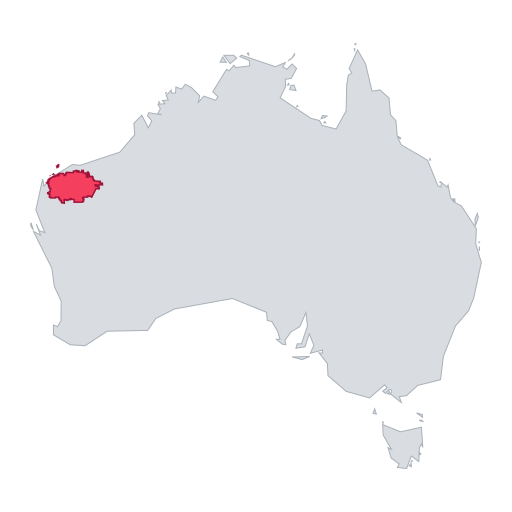 Ashburton, Western Australia, Australia (highlighted)
{"feature_id": "25037944B95548638033328", "entity_name": "Ashburton", "entity_type": "district", "adm_level": 2, "iso_a3": "AUS", "parent_name": "Australia", "parent_adm1": "Western Australia", "projection": "mercator", "projection_center": [115.241, -22.235], "detail": "fine", "context": "in_parent", "style": "filled", "palette": "rose", "viewbox_px": 512, "rotation_deg": 0, "n_neighbors": 0, "source": "geoboundaries", "source_scale": "gbopen_adm2", "svg_char_len": 8125}
<svg xmlns="http://www.w3.org/2000/svg" viewBox="0 0 512 512"><path d="M365.6,64.0L372.0,91.2L380.0,89.9L389.0,98.0L390.5,114.8L395.9,120.7L397.3,136.5L401.1,144.7L427.5,160.2L437.9,185.8L440.9,187.1L441.4,182.5L447.2,187.2L448.1,184.9L450.6,198.0L454.0,202.0L461.5,206.1L476.3,228.6L475.7,243.8L481.3,262.4L473.8,297.7L468.6,310.8L455.5,325.9L443.4,356.3L440.5,379.7L417.7,385.4L406.4,395.7L399.3,396.6L401.3,402.5L390.2,393.8L391.8,391.8L391.1,389.7L389.1,389.6L385.4,393.4L382.7,391.1L387.1,387.6L384.6,384.9L369.6,397.9L346.2,391.4L328.0,375.7L327.4,363.6L319.0,352.8L322.6,353.2L322.5,350.0L310.3,353.3L313.9,345.3L309.3,333.8L304.9,346.9L295.9,348.2L297.3,343.8L301.5,343.8L307.5,325.9L305.9,312.6L299.8,326.6L290.9,331.9L284.9,340.4L285.8,344.7L282.2,344.1L276.4,339.3L280.0,339.3L277.5,331.0L271.9,321.6L267.3,320.4L266.5,312.3L232.3,298.5L174.4,309.0L155.9,318.4L147.7,330.4L107.2,331.2L85.2,345.7L70.3,344.8L53.6,334.9L53.4,325.0L57.4,326.7L61.0,320.8L61.2,301.1L54.3,286.4L51.9,268.3L33.4,231.3L40.6,235.2L36.3,224.1L39.3,230.6L44.8,232.6L35.9,209.9L42.6,179.1L44.0,186.3L50.2,178.4L72.4,164.5L80.1,165.3L119.9,152.1L134.8,134.6L133.9,123.3L141.8,115.2L148.3,127.8L151.8,120.8L147.5,115.8L148.8,112.7L161.7,114.8L157.7,113.6L160.4,108.7L158.0,104.3L164.9,103.7L162.5,100.5L168.2,100.0L166.2,95.4L171.2,90.1L171.6,93.3L175.6,92.9L175.9,87.0L181.6,89.1L185.3,84.3L191.5,87.6L199.7,95.8L198.3,102.4L203.9,96.1L215.6,100.3L218.0,96.7L212.8,91.7L226.5,69.4L229.2,70.8L233.9,65.2L235.6,67.6L249.7,65.9L249.3,60.5L239.8,56.6L241.4,55.2L275.4,66.7L285.3,62.5L282.8,66.9L287.0,69.3L292.1,64.0L296.6,68.4L291.2,78.4L285.3,79.3L285.6,86.5L280.1,97.8L311.0,118.4L319.5,120.5L322.1,125.5L336.1,129.0L346.1,111.0L346.7,84.9L348.3,75.2L351.8,72.9L349.1,68.5L357.6,49.9L365.6,64.0ZM382.7,424.6L400.4,431.8L421.4,427.2L422.8,447.4L421.4,443.7L419.3,448.0L418.8,461.6L411.3,456.0L406.6,468.5L397.4,467.5L399.2,464.0L391.2,458.1L388.0,447.6L391.5,449.5L383.2,435.1L382.7,424.6ZM223.9,55.3L233.7,55.3L236.7,58.1L230.2,63.6L223.9,55.3ZM292.1,357.0L309.6,356.5L302.2,359.6L292.1,357.0ZM294.0,85.0L296.0,90.6L289.8,89.6L290.8,85.7L294.0,85.0ZM475.3,225.9L474.9,219.1L477.3,213.4L478.3,217.5L475.3,225.9ZM416.5,412.9L422.3,414.6L422.5,417.3L416.5,412.9ZM222.9,57.0L226.4,62.4L220.1,62.1L222.9,57.0ZM376.3,414.1L373.0,413.4L374.7,408.8L376.3,414.1ZM327.1,116.1L324.1,117.8L321.1,118.7L322.6,115.5L327.1,116.1ZM33.3,229.7L30.9,226.3L30.7,223.3L31.1,223.1L33.3,229.7ZM421.2,420.0L423.5,421.9L419.2,420.3L421.2,420.0ZM452.7,198.9L454.9,198.9L454.9,201.9L452.7,198.9ZM398.0,136.3L400.7,138.0L400.2,139.0L398.0,136.3ZM411.1,463.4L411.4,466.8L409.1,465.7L411.1,463.4ZM479.3,246.4L479.5,250.3L479.2,250.2L479.3,246.4ZM248.8,55.1L247.2,53.6L248.2,52.8L248.8,55.1ZM294.3,55.4L291.9,58.1L294.8,53.3L294.3,55.4ZM479.6,241.9L478.5,243.1L479.2,241.8L479.6,241.9ZM297.9,106.3L296.6,106.8L297.3,105.5L297.9,106.3ZM289.2,84.8L287.5,85.1L288.5,83.4L289.2,84.8ZM58.3,164.7L57.8,167.0L57.0,166.8L58.3,164.7ZM354.8,48.6L354.7,50.5L354.0,49.1L354.8,48.6ZM389.1,390.8L389.5,392.2L388.9,391.8L389.1,390.8ZM291.3,58.9L288.1,60.8L291.4,58.4L291.3,58.9ZM166.4,92.6L165.3,94.0L166.0,92.4L166.4,92.6ZM412.4,461.0L411.3,461.6L411.9,460.4L412.4,461.0ZM325.7,122.8L323.9,122.8L324.8,121.6L325.7,122.8ZM159.9,102.8L159.0,103.5L158.9,101.7L159.9,102.8ZM420.9,453.9L419.4,454.9L419.9,453.1L420.9,453.9ZM355.9,43.5L355.7,44.8L354.7,44.1L355.9,43.5ZM388.2,392.8L389.8,394.2L387.2,393.7L388.2,392.8ZM430.6,160.0L429.5,160.1L429.9,158.6L430.6,160.0ZM440.4,182.3L439.8,182.3L440.2,181.1L440.4,182.3ZM383.4,422.2L383.0,423.4L382.6,421.8L383.4,422.2Z" fill="#d9dde1" stroke="#a8b0b8" stroke-width="1"/><path d="M87.5,172.1L87.5,176.3L87.9,176.3L87.9,177.2L86.5,177.2L86.5,174.3L85.9,174.3L85.9,173.0L83.4,173.0L83.4,170.4L81.7,170.4L81.7,172.2L78.1,172.2L78.1,171.6L78.9,171.6L78.9,170.8L77.3,170.8L77.3,171.6L76.6,171.6L76.6,170.9L76.9,170.9L76.9,170.5L75.8,170.5L75.8,171.1L73.4,171.1L73.4,172.6L69.6,172.6L69.6,172.4L66.5,172.4L66.5,173.2L65.8,173.2L65.8,174.9L64.6,174.9L64.6,175.5L64.1,175.5L64.1,174.2L63.3,173.8L63.3,173.5L59.6,173.5L59.7,173.8L59.8,173.7L59.7,173.8L59.8,173.8L59.7,173.8L59.7,174.0L59.6,173.8L59.4,173.9L59.5,173.8L59.4,173.8L59.2,173.9L59.2,174.0L59.3,174.0L59.2,174.2L59.2,174.3L59.2,174.2L59.3,174.1L59.2,174.3L58.9,174.4L59.0,174.4L59.1,174.5L59.0,174.4L58.9,174.5L59.2,174.6L59.1,174.8L59.1,174.6L58.9,174.8L59.0,174.9L59.1,175.0L59.0,174.9L58.9,175.1L58.8,174.9L58.7,175.1L58.6,174.7L58.6,175.1L58.5,174.9L58.4,174.9L58.5,175.0L58.4,174.9L58.5,174.9L58.5,174.6L58.3,174.9L58.3,175.0L58.4,174.9L58.4,175.0L58.3,174.9L58.2,175.1L58.3,174.9L58.0,174.8L57.9,174.9L57.7,175.0L58.1,174.9L58.1,175.0L57.9,175.1L57.7,175.1L57.1,175.4L57.1,175.5L56.8,175.7L56.2,175.6L56.3,175.5L56.1,175.4L56.0,175.6L55.9,175.8L55.8,175.7L55.5,175.9L55.8,176.0L55.6,176.0L55.4,175.9L55.3,176.0L55.2,176.0L54.9,176.3L55.0,176.4L54.9,176.4L54.9,176.2L54.7,176.1L54.1,176.6L53.8,176.7L53.9,176.8L53.8,176.7L53.8,176.9L53.6,176.8L53.8,176.7L53.3,176.7L53.2,176.6L53.1,176.8L52.9,176.8L53.2,176.6L53.3,176.6L53.2,176.6L52.8,176.8L52.5,176.8L51.9,177.4L51.0,178.0L50.4,178.1L50.0,178.5L50.0,178.9L50.1,178.6L49.9,178.4L49.5,178.7L49.5,179.4L49.6,179.5L49.7,179.4L49.6,179.6L49.3,179.7L49.2,179.8L49.3,179.8L49.2,179.9L49.2,180.0L49.3,180.1L49.2,180.0L49.1,180.6L49.0,180.3L48.9,180.5L48.7,180.5L48.8,180.7L48.6,180.8L48.7,181.0L48.6,180.7L48.5,181.1L48.5,181.3L48.4,181.2L48.1,181.3L48.1,181.5L48.3,181.4L48.2,181.6L48.3,181.6L48.2,181.7L48.1,181.8L48.2,182.0L47.9,182.0L48.1,182.4L47.9,182.3L48.0,182.7L47.9,182.4L47.8,182.5L47.8,182.4L47.4,182.4L47.4,182.5L47.7,182.7L47.8,182.7L47.8,182.8L47.6,182.7L47.6,182.8L47.9,183.1L47.7,182.9L47.6,183.1L47.4,183.0L47.4,183.3L47.7,183.5L47.3,183.4L47.4,183.5L47.6,183.7L47.4,183.6L47.5,183.7L47.3,183.7L47.1,183.8L48.6,183.8L48.6,186.5L49.4,186.5L49.4,188.5L50.7,188.5L50.7,189.1L50.2,190.1L49.8,191.4L50.2,191.4L50.2,191.7L49.7,191.7L49.5,192.1L49.0,192.1L49.0,192.7L47.7,192.7L47.7,193.4L48.4,193.4L48.4,194.0L49.8,194.0L49.8,195.1L49.4,195.1L49.4,197.2L50.6,197.2L50.6,197.9L55.6,197.9L55.6,197.2L58.8,197.2L58.8,198.3L59.4,198.3L59.3,199.4L60.2,199.4L60.2,200.6L61.3,200.6L61.3,201.5L61.5,201.5L61.5,202.7L62.0,202.7L62.1,202.9L63.1,203.0L64.3,203.2L64.3,199.5L65.4,199.5L65.4,199.8L66.1,199.8L66.1,200.1L66.7,200.1L66.7,200.4L67.8,200.4L67.8,199.7L70.0,199.7L70.0,198.6L71.2,198.6L71.2,199.4L74.1,199.4L74.1,202.2L76.1,202.2L82.6,202.1L82.6,201.4L83.5,201.4L83.5,200.7L83.9,199.9L83.9,198.9L82.9,198.9L82.9,198.3L82.7,198.3L82.7,197.8L83.6,197.8L83.6,197.0L84.9,197.0L86.6,197.2L87.6,197.0L87.6,196.0L88.6,196.0L88.6,196.3L91.4,196.3L91.4,197.8L96.0,188.8L99.2,188.8L99.2,187.0L97.9,187.0L97.9,186.1L96.2,186.1L96.2,185.7L95.1,185.7L95.1,184.8L96.2,184.8L96.2,185.2L99.2,185.2L99.2,184.8L102.5,184.9L102.5,184.0L102.2,184.0L102.2,183.1L99.8,183.0L99.8,182.6L100.3,182.6L100.3,181.3L97.6,181.3L97.6,181.2L94.7,181.1L94.7,180.9L94.4,180.9L94.4,180.0L93.2,180.0L93.2,178.2L92.6,178.2L92.6,177.7L92.8,177.7L92.8,176.9L92.3,176.9L92.3,176.4L90.8,176.4L90.8,176.7L89.5,176.7L89.5,175.8L88.9,175.8L88.9,174.9L89.3,174.9L89.3,174.4L89.0,174.4L89.0,173.2L88.4,173.2L88.4,174.3L87.6,174.3L87.6,173.5L87.9,173.5L87.9,172.7L88.3,172.7L88.3,172.1L87.5,172.1ZM57.0,166.3L56.9,166.9L57.0,167.3L57.2,167.1L57.3,167.0L57.5,167.1L57.6,167.3L57.8,167.2L58.0,167.0L58.2,166.7L58.4,166.6L58.4,166.2L58.5,166.3L58.7,166.0L58.7,165.8L58.7,165.5L58.7,165.4L58.5,164.9L58.2,164.7L57.7,165.5L57.4,165.7L57.4,165.9L57.0,166.3ZM48.0,180.7L48.3,181.2L48.4,180.8L48.4,180.6L48.0,180.4L48.0,180.7ZM58.1,174.8L58.3,174.9L58.6,174.5L58.3,174.6L58.1,174.8ZM53.2,174.1L53.6,174.1L53.4,173.9L53.2,174.1ZM58.7,174.6L58.8,174.9L59.0,174.7L58.7,174.6ZM55.8,175.7L56.2,175.4L55.8,175.7ZM57.1,167.7L57.0,167.9L57.2,167.5L57.0,167.3L57.1,167.7ZM50.0,176.1L50.0,175.8L49.8,175.6L50.0,176.0L50.0,176.1ZM48.7,180.5L48.8,180.4L48.7,180.3L48.7,180.5ZM57.6,173.9L57.5,174.0L57.6,173.9ZM57.4,174.3L57.5,174.4L57.4,174.2L57.4,174.3ZM59.7,164.3L59.8,164.5L59.7,164.3ZM47.8,181.9L47.8,182.0L47.7,182.1L47.8,182.1L47.8,181.9Z" fill="#f43f5e" stroke="#9f1239" stroke-width="1.5"/></svg>